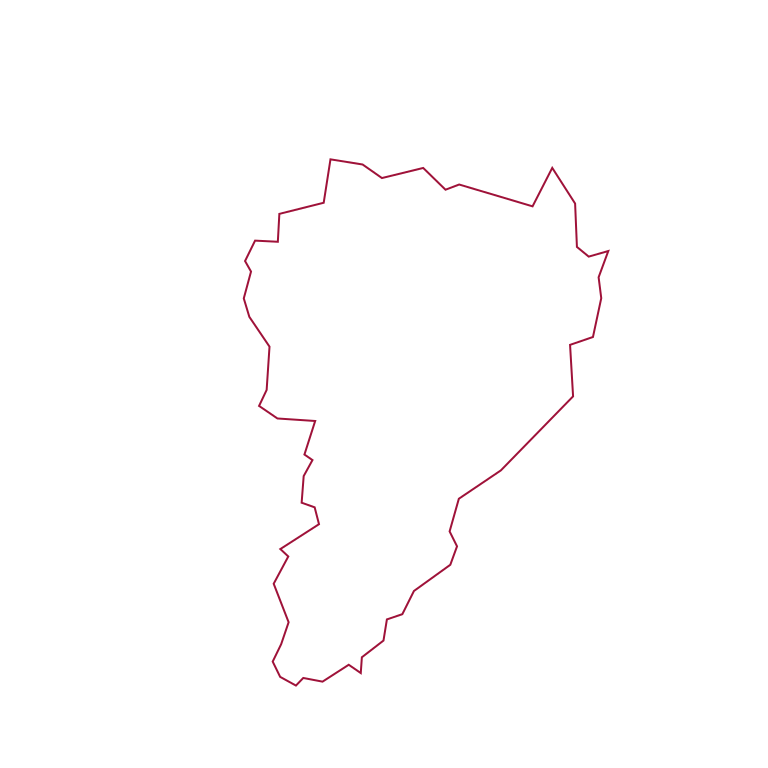 outline of Magoffin, Kentucky, United States of America, rotated 50°
{"feature_id": "52423323B54466190997734", "entity_name": "Magoffin", "entity_type": "district", "adm_level": 2, "iso_a3": "USA", "parent_name": "United States of America", "parent_adm1": "Kentucky", "projection": "natural_earth1", "projection_center": [-83.049, 37.69], "detail": "fine", "context": "isolated", "style": "outline", "palette": "rose", "viewbox_px": 768, "rotation_deg": 50, "n_neighbors": 0, "source": "geoboundaries", "source_scale": "gbopen_adm2", "svg_char_len": 873}
<svg xmlns="http://www.w3.org/2000/svg" viewBox="0 0 768 768"><g transform="rotate(50 384 384)"><path d="M525.3,350.0L515.0,247.1L473.6,216.3L482.3,193.7L457.9,162.4L440.2,151.0L426.3,126.7L418.0,145.3L403.0,148.1L368.6,121.6L326.6,116.2L343.4,156.0L279.5,198.2L274.7,212.0L243.7,215.1L224.9,253.2L202.1,259.3L177.5,280.6L206.4,313.7L186.4,354.8L206.8,373.9L191.3,390.6L200.5,411.4L212.4,413.6L228.3,436.4L246.0,444.0L281.8,447.7L313.1,477.7L320.5,493.8L341.9,487.8L368.1,460.5L386.9,490.3L396.3,487.7L402.9,504.7L422.0,523.4L433.9,516.4L449.6,523.9L443.8,569.5L454.6,568.2L466.1,596.9L505.2,610.2L517.2,630.0L525.1,647.7L541.6,651.8L558.4,645.3L557.3,634.8L572.5,622.4L576.4,591.5L590.5,587.6L579.1,576.6L580.2,549.3L566.2,533.1L572.1,517.9L561.8,494.1L565.1,449.4L555.3,432.4L539.1,428.5L520.0,400.4L525.3,350.0Z" fill="none" stroke="#9f1239" stroke-width="2"/></g></svg>